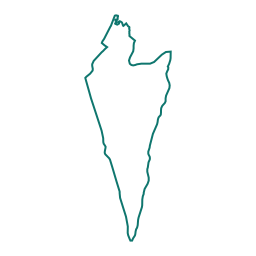 HaDarom, Equal Earth projection
{"feature_id": "ISR-3053", "entity_name": "HaDarom", "entity_type": "District", "adm_level": 1, "iso_a3": "ISR", "parent_name": "Israel", "parent_adm1": "", "projection": "equal_earth", "projection_center": [34.85, 30.684], "detail": "fine", "context": "isolated", "style": "outline", "palette": "teal", "viewbox_px": 256, "rotation_deg": 0, "n_neighbors": 0, "source": "natural_earth", "source_scale": "10m", "svg_char_len": 2973}
<svg xmlns="http://www.w3.org/2000/svg" viewBox="0 0 256 256"><path d="M85.3,77.9L86.4,76.7L90.1,73.7L92.6,70.6L92.8,69.0L92.2,65.8L92.2,64.2L93.7,60.9L101.7,52.2L102.8,51.3L105.1,48.9L107.1,47.1L104.5,45.3L101.8,43.0L102.4,41.4L104.1,38.9L110.4,26.6L110.9,25.9L114.8,15.7L115.1,15.6L115.7,15.4L115.9,15.4L116.1,15.4L116.5,15.4L117.0,15.7L117.3,15.7L117.5,15.7L117.8,15.7L118.0,15.9L118.0,16.3L118.0,16.6L117.9,16.7L117.7,17.0L117.6,17.4L117.7,17.9L117.7,18.1L117.7,18.3L117.6,18.6L117.6,19.4L117.5,19.6L117.4,19.7L117.4,19.8L117.2,19.8L116.7,19.7L116.3,19.6L116.0,19.5L115.8,19.5L115.7,19.6L115.4,19.9L115.4,20.0L115.4,20.3L115.4,20.6L115.5,20.8L115.8,21.0L116.2,21.4L116.5,21.8L116.5,22.1L116.4,22.3L116.3,22.5L116.2,22.6L115.7,22.8L115.5,23.0L115.4,23.1L115.3,23.4L115.2,23.5L115.3,23.7L115.3,23.8L117.1,24.6L117.4,24.6L117.6,24.5L118.4,23.9L118.6,23.7L119.0,23.6L119.1,23.3L119.1,23.2L118.9,23.1L118.8,22.8L118.8,22.7L118.7,22.5L118.6,22.4L118.3,22.3L118.2,22.2L118.4,22.0L119.5,21.8L119.7,21.7L119.9,21.3L120.1,21.4L120.5,21.5L121.7,22.3L121.9,22.5L122.1,22.9L122.3,23.4L122.8,25.0L122.9,25.3L123.1,25.6L123.2,25.8L123.3,25.9L123.9,25.5L126.2,23.4L128.1,26.2L128.8,26.7L128.9,26.8L129.2,26.9L129.3,27.0L129.4,27.4L129.4,27.8L129.4,28.1L129.2,28.4L129.2,28.6L129.2,28.8L129.5,29.9L129.6,30.3L129.6,30.5L129.5,30.9L129.3,31.3L129.3,31.5L129.3,31.9L129.4,33.1L129.3,33.6L129.3,33.8L129.5,34.3L129.5,34.5L129.5,35.3L129.4,35.9L130.0,36.5L135.0,40.6L133.9,43.1L133.6,45.7L133.6,48.3L133.2,51.3L130.0,57.4L129.0,60.5L129.8,63.7L131.4,65.0L133.2,65.4L135.2,65.0L137.0,64.3L141.2,63.7L150.0,63.7L154.1,62.0L161.8,54.7L165.9,52.0L170.7,51.6L170.6,57.1L170.6,58.0L170.3,60.1L169.1,63.9L167.8,66.6L168.3,67.3L168.2,69.3L167.2,71.3L166.3,73.6L166.7,76.2L167.4,78.6L168.1,80.5L169.2,82.8L169.7,85.4L169.4,88.1L166.1,95.6L165.6,98.3L165.6,101.3L164.8,103.0L162.9,105.1L162.1,106.1L161.2,108.2L161.0,110.3L161.0,112.4L160.8,114.5L160.4,115.4L159.2,116.6L158.6,117.4L158.2,118.5L157.9,119.6L157.6,122.0L157.1,124.2L152.9,133.9L149.9,145.5L149.6,147.7L148.3,151.6L148.3,153.8L148.7,154.8L149.7,156.7L149.9,158.1L149.8,159.4L149.4,160.4L148.9,161.4L148.5,162.5L147.8,167.5L147.3,169.1L147.3,171.8L148.7,177.6L148.7,180.6L147.6,183.8L144.6,189.0L143.7,192.8L143.7,193.9L143.4,194.7L143.1,195.5L142.8,196.3L142.3,199.5L142.2,205.3L141.9,207.2L138.6,217.5L138.1,219.9L137.7,225.2L137.1,227.6L136.1,229.4L135.6,231.5L135.3,234.1L135.0,235.3L134.5,236.2L133.3,238.0L132.8,239.0L132.5,239.6L132.3,240.2L132.1,240.6L131.6,240.6L130.9,240.6L130.4,240.6L129.8,239.3L128.2,235.3L127.7,233.0L127.8,226.5L126.0,216.7L123.2,207.8L120.1,197.9L119.6,192.8L119.7,192.2L119.6,191.6L119.5,191.1L119.3,190.5L116.5,181.4L112.4,167.5L110.0,159.7L109.2,158.3L105.4,154.4L104.9,153.5L104.7,152.4L104.9,150.8L105.5,147.9L105.6,146.7L104.9,145.5L103.7,143.7L103.3,142.1L103.2,138.2L101.6,130.7L97.3,117.5L93.7,106.5L91.0,98.3L88.8,90.4L86.0,80.5L85.3,77.9Z" fill="none" stroke="#0f766e" stroke-width="2"/></svg>